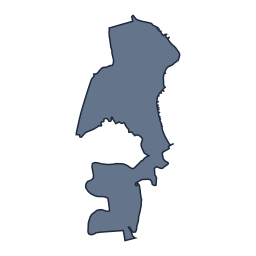 Boca del Río, Veracruz, Mexico
{"feature_id": "50627088B5149905661880", "entity_name": "Boca del Río", "entity_type": "district", "adm_level": 2, "iso_a3": "MEX", "parent_name": "Mexico", "parent_adm1": "Veracruz", "projection": "orthographic", "projection_center": [-96.121, 19.113], "detail": "fine", "context": "isolated", "style": "filled", "palette": "slate", "viewbox_px": 256, "rotation_deg": 0, "n_neighbors": 0, "source": "geoboundaries", "source_scale": "gbopen_adm2", "svg_char_len": 5857}
<svg xmlns="http://www.w3.org/2000/svg" viewBox="0 0 256 256"><path d="M169.2,148.5L168.5,146.4L173.6,143.6L170.3,145.1L169.1,143.7L168.1,142.0L165.4,137.2L163.3,132.5L162.2,129.1L161.8,126.9L162.2,126.7L162.3,126.5L161.9,126.1L161.3,125.0L161.3,124.5L161.7,124.3L162.0,123.8L161.7,124.0L161.3,123.7L160.5,121.7L160.0,120.6L159.9,119.3L160.4,119.0L160.9,118.5L160.4,118.8L159.8,119.0L159.2,117.1L160.6,116.6L159.3,116.9L158.7,115.1L158.4,112.8L159.4,112.5L159.3,112.3L158.3,112.5L157.9,111.2L157.8,109.7L158.8,109.6L158.8,109.3L157.7,109.5L157.4,107.8L158.6,107.6L158.5,107.4L157.2,107.6L157.1,105.5L158.1,105.4L158.1,105.2L157.0,105.2L156.7,103.2L156.8,102.0L158.1,101.9L158.1,101.7L156.9,101.7L157.0,99.8L157.6,96.5L158.1,95.7L159.5,96.1L158.3,95.5L158.5,94.9L159.2,93.5L159.8,92.8L161.1,93.2L161.3,93.1L161.2,92.9L160.5,92.8L160.6,92.6L161.4,91.2L162.1,90.5L162.5,90.3L163.7,91.2L163.8,91.1L162.7,90.1L163.5,88.5L165.2,87.3L163.6,85.3L163.6,83.8L163.5,79.9L163.3,77.9L163.6,75.6L164.0,74.1L164.4,72.9L165.2,73.2L165.8,73.7L165.7,73.5L165.4,73.1L164.5,72.8L166.0,69.2L167.4,67.4L168.1,66.9L169.3,66.1L169.7,66.3L171.2,65.3L172.5,64.8L173.0,64.4L174.6,62.7L175.1,62.6L177.3,60.8L178.1,60.5L178.4,59.7L178.8,58.5L179.1,57.3L179.5,56.0L179.7,54.8L179.6,54.1L178.5,51.7L177.4,50.4L175.7,47.9L174.4,46.5L173.0,45.4L170.8,43.2L168.8,40.6L167.6,38.8L169.1,37.6L169.0,37.4L167.4,38.5L166.0,36.9L165.6,36.0L165.9,35.1L166.5,34.4L165.7,34.3L165.0,34.4L164.0,35.0L163.4,35.6L163.1,35.4L162.4,34.5L161.0,32.6L160.8,31.8L160.8,31.3L161.4,31.0L160.7,31.0L159.8,31.4L159.0,30.7L158.8,29.9L159.2,29.1L158.8,29.0L157.9,29.5L157.7,29.2L157.7,28.8L157.4,28.6L157.4,27.9L157.7,27.5L157.1,27.3L156.5,27.4L156.1,26.8L155.5,26.4L153.0,25.3L151.8,23.8L151.0,23.3L150.5,23.1L141.2,21.1L137.1,19.8L136.5,19.4L135.9,18.8L133.1,15.4L132.0,16.2L131.7,16.7L132.8,21.2L127.2,22.9L123.1,24.0L110.5,27.7L109.2,27.9L109.3,28.9L109.3,30.1L109.0,32.0L109.2,34.9L109.4,37.3L109.7,38.5L110.3,42.9L110.8,47.0L111.9,50.4L112.0,53.4L113.6,60.2L113.5,61.2L113.1,64.2L112.2,65.4L111.8,65.5L110.8,65.5L110.0,65.6L106.7,67.1L106.0,67.3L104.3,67.3L103.0,67.5L102.3,67.8L101.2,68.7L98.8,71.4L98.1,72.5L97.2,73.3L96.5,73.6L95.7,73.9L93.7,74.1L94.1,75.6L93.9,76.4L91.6,79.1L90.9,80.8L86.8,93.4L83.8,103.1L81.3,111.6L80.5,114.5L78.6,122.6L76.6,131.8L76.4,132.7L76.3,134.7L77.0,134.6L79.3,134.9L79.6,135.5L79.8,136.8L80.5,137.1L81.4,137.1L82.1,136.5L82.7,135.6L84.5,133.7L85.0,132.9L86.7,132.2L87.3,131.6L88.0,131.5L93.6,129.2L97.9,126.6L98.4,126.1L98.6,125.7L99.6,125.9L100.2,125.8L100.6,126.0L101.0,125.9L101.3,125.7L101.6,125.4L101.5,124.8L100.9,123.1L101.0,122.6L101.4,122.1L102.0,121.9L103.6,121.6L103.8,121.4L104.0,121.1L103.7,120.0L103.9,119.3L104.3,118.9L105.1,118.6L105.8,118.5L107.2,118.7L108.3,120.1L108.7,120.9L109.0,121.3L109.7,121.4L110.2,121.3L110.8,121.0L111.3,119.9L111.3,118.3L111.4,117.7L111.5,117.3L112.4,117.4L113.0,119.4L115.9,123.6L119.3,122.0L121.1,123.2L122.4,123.3L124.0,122.7L125.0,123.6L125.0,124.5L126.9,127.5L128.4,129.0L128.9,132.3L129.0,132.4L131.5,131.9L134.8,135.7L135.6,135.1L136.3,135.2L137.7,134.9L138.2,135.0L138.8,135.3L139.2,135.7L140.4,136.5L141.1,137.1L142.0,138.2L142.4,138.8L142.4,139.3L141.9,141.2L141.7,141.9L141.6,142.4L141.2,143.1L141.1,143.8L141.1,145.2L141.3,145.8L141.5,147.1L144.3,153.1L146.9,154.8L148.8,155.7L145.5,157.4L143.9,158.9L142.5,160.5L141.6,160.9L140.7,161.4L139.1,163.4L137.2,165.1L134.2,168.1L133.1,168.5L131.5,168.4L129.7,167.3L127.8,165.9L125.4,164.7L123.5,164.0L121.6,163.8L116.0,163.6L113.5,164.2L110.1,164.4L108.7,164.6L101.8,163.9L98.7,163.1L97.8,162.9L95.0,162.6L94.1,162.8L93.2,163.1L92.4,163.8L92.2,165.0L92.0,166.7L92.2,168.4L92.9,171.6L93.1,173.3L93.4,174.5L93.5,175.4L93.3,177.9L92.2,179.3L91.1,180.1L90.4,180.4L89.3,180.8L87.4,181.6L87.0,182.6L86.5,183.1L86.2,183.7L85.9,184.6L85.6,185.8L85.7,186.8L85.9,188.0L87.3,190.0L87.9,191.1L90.4,193.4L91.5,194.1L93.2,195.0L95.6,196.0L97.7,196.5L102.8,196.6L104.5,196.8L107.1,197.7L107.9,198.8L108.2,199.5L108.1,200.3L108.5,201.7L109.0,206.0L109.3,207.9L109.5,210.4L109.4,210.9L109.0,211.0L108.5,211.1L107.2,211.3L106.3,211.2L105.8,211.0L103.8,210.3L101.4,209.7L100.1,209.7L97.4,210.2L95.5,211.4L94.2,212.6L92.8,213.5L91.5,214.7L90.2,216.9L89.7,218.4L89.3,219.8L88.7,221.4L88.3,223.7L88.2,224.7L88.3,225.1L88.3,226.4L88.2,226.9L88.1,228.2L88.2,229.2L88.0,230.1L88.0,231.9L88.5,233.3L88.9,234.0L89.9,234.4L90.9,234.7L93.1,234.4L93.9,233.9L94.9,233.6L95.8,232.8L98.2,232.5L99.8,232.2L123.3,230.5L124.5,237.3L125.0,240.6L135.2,238.0L134.9,237.9L134.5,237.6L133.8,237.1L132.6,235.8L131.6,233.1L131.3,231.7L131.0,231.1L130.5,230.6L130.2,229.9L129.5,229.1L129.1,228.4L129.0,227.8L128.6,227.1L128.9,227.0L129.5,227.2L130.5,228.9L130.8,229.3L131.2,229.8L131.5,230.5L131.9,231.1L132.7,232.0L133.8,232.3L134.5,232.0L135.5,232.0L135.6,231.4L136.2,230.6L136.6,228.9L136.8,226.0L137.3,224.7L137.5,223.4L138.1,222.1L138.6,218.5L138.6,217.2L139.1,215.0L139.8,212.4L140.6,208.4L140.7,207.7L141.2,205.6L141.1,203.9L141.3,202.3L141.6,199.6L141.3,198.6L140.9,196.7L140.7,194.9L140.3,192.7L140.2,190.5L139.6,187.3L139.5,186.0L139.3,185.3L139.0,185.1L138.7,184.3L137.9,183.5L137.5,183.6L137.3,183.8L137.2,184.1L137.2,185.3L137.1,185.5L136.6,185.7L136.4,185.7L136.0,185.6L135.8,185.5L135.5,185.0L135.5,184.4L135.5,183.9L135.7,183.2L136.8,182.4L139.4,180.9L139.9,180.6L141.1,180.0L141.5,179.6L147.7,179.2L150.2,179.7L151.7,181.7L152.3,184.4L154.6,185.5L156.0,185.2L156.5,177.6L154.8,174.6L154.4,168.5L156.3,166.7L160.6,168.3L161.4,168.4L162.6,168.2L163.1,167.9L164.3,166.7L166.3,165.4L167.0,164.8L167.7,164.4L168.2,163.8L168.2,163.2L168.1,162.7L167.5,162.3L165.4,161.2L164.5,160.4L163.7,159.4L163.2,158.4L163.1,158.0L162.8,156.0L162.4,155.4L162.3,154.3L162.4,153.1L162.6,152.4L163.2,152.1L163.5,151.5L164.0,151.5L164.6,151.1L167.6,149.5L169.2,148.5Z" fill="#64748b" stroke="#1e293b" stroke-width="1.5"/></svg>